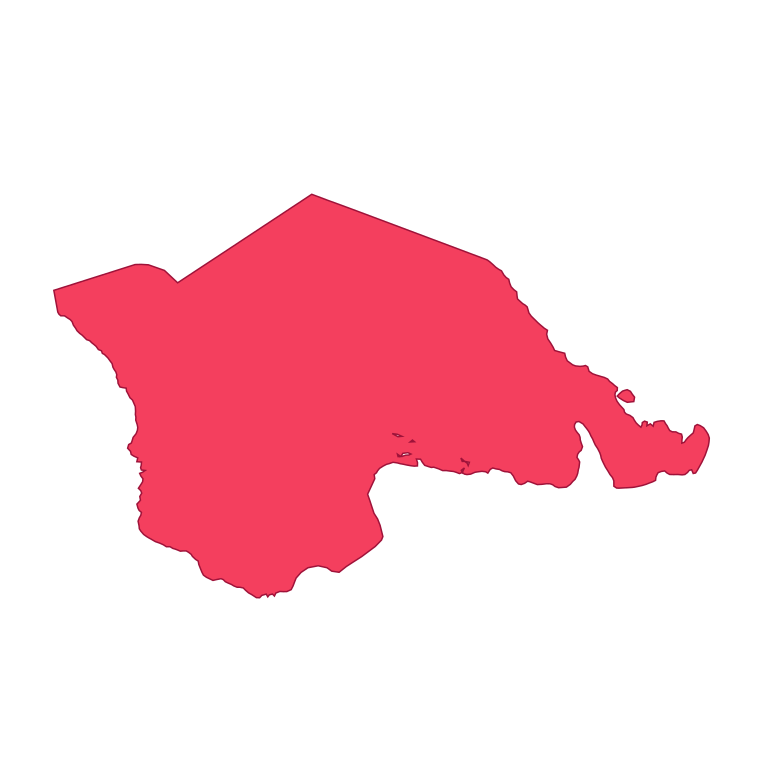 outline of Turiaçu, Maranhão, Brazil, rotated 83°
{"feature_id": "56859067B17622420397796", "entity_name": "Turiaçu", "entity_type": "district", "adm_level": 2, "iso_a3": "BRA", "parent_name": "Brazil", "parent_adm1": "Maranhão", "projection": "mercator", "projection_center": [-45.384, -1.709], "detail": "fine", "context": "isolated", "style": "filled", "palette": "rose", "viewbox_px": 768, "rotation_deg": 83, "n_neighbors": 0, "source": "geoboundaries", "source_scale": "gbopen_adm2", "svg_char_len": 5727}
<svg xmlns="http://www.w3.org/2000/svg" viewBox="0 0 768 768"><g transform="rotate(83 384 384)"><path d="M481.4,317.1L483.2,315.2L484.0,312.7L484.0,308.9L482.7,304.4L482.6,301.7L482.6,297.4L483.5,293.8L485.1,291.8L481.7,289.0L480.6,286.3L481.9,283.2L482.9,279.7L484.6,277.3L485.7,274.8L486.3,271.8L487.5,269.0L491.0,266.9L496.1,265.1L499.6,262.7L500.5,260.1L499.7,256.5L498.0,253.3L498.9,251.0L502.5,244.1L502.8,239.7L502.8,234.8L503.3,231.3L504.5,228.9L506.6,226.7L508.2,223.4L508.4,220.1L508.6,215.5L506.3,211.3L503.7,208.5L501.9,206.0L498.7,203.8L496.2,202.6L492.6,201.5L490.5,200.6L485.2,199.3L483.0,200.1L480.4,201.4L477.4,200.4L475.2,198.5L473.9,196.4L470.4,194.6L466.4,195.5L463.4,196.0L460.8,195.9L458.2,196.5L455.6,198.2L453.0,199.6L450.0,200.3L447.5,199.8L445.1,197.9L445.0,195.0L447.9,191.3L450.8,189.6L452.7,188.4L455.4,186.9L457.6,185.9L460.9,184.9L464.0,183.6L466.9,182.8L470.3,181.7L474.1,179.8L478.5,178.2L481.3,177.6L484.1,177.4L486.9,176.6L489.6,175.7L493.5,174.3L497.7,172.3L501.4,170.7L504.8,168.6L508.1,167.7L513.5,168.3L515.6,165.8L516.0,163.6L516.2,160.8L516.4,157.7L516.6,155.3L516.9,150.3L516.9,147.8L516.6,144.2L516.2,140.1L515.5,136.1L514.6,132.6L513.8,129.2L512.7,126.2L509.7,125.5L507.4,124.2L505.4,122.7L504.6,119.4L504.5,116.0L506.8,114.0L508.6,111.5L509.2,107.5L509.6,103.5L510.5,99.2L510.5,96.4L508.8,93.5L506.9,91.6L506.6,89.1L510.5,88.0L510.3,85.6L507.7,83.4L500.3,78.0L493.9,74.0L489.5,71.8L484.6,69.5L481.2,68.5L477.3,67.7L473.7,68.4L470.1,70.0L466.4,72.1L463.8,75.3L462.4,78.0L463.5,80.5L467.7,82.0L470.2,83.0L472.0,85.7L474.3,88.9L476.4,91.2L478.4,92.9L479.0,95.6L475.9,95.1L473.0,94.4L470.0,94.8L468.9,97.5L467.1,100.1L466.6,103.7L465.0,106.1L462.5,107.2L459.9,108.1L457.8,109.3L454.7,110.6L454.3,113.7L454.4,117.4L455.0,120.6L458.7,122.0L456.0,124.5L457.5,128.2L453.9,127.3L452.6,129.9L453.7,132.3L456.1,132.9L458.2,134.3L455.6,136.7L453.3,138.5L450.3,140.0L447.7,141.0L445.1,143.8L443.3,147.2L441.3,148.7L438.6,149.0L433.4,152.7L429.6,154.8L425.9,155.9L422.8,156.1L420.3,155.3L418.9,153.3L416.0,152.8L413.6,155.3L411.6,157.0L408.9,159.8L406.3,161.4L404.3,164.6L403.1,167.5L402.0,169.9L401.1,172.1L399.2,175.8L396.4,178.9L391.8,179.7L390.2,181.8L390.5,184.1L390.4,187.3L389.4,191.7L387.9,194.5L385.8,196.7L383.3,199.3L379.4,200.5L375.5,200.9L373.2,206.7L371.5,210.6L368.3,211.6L363.7,213.6L359.2,215.9L354.4,216.5L350.6,215.2L348.2,218.1L344.1,221.9L341.7,224.0L339.5,225.7L337.0,227.7L334.6,229.6L331.1,231.5L327.3,232.1L324.9,232.5L322.9,234.3L321.1,236.6L318.1,239.2L315.9,241.1L313.0,241.2L308.7,241.1L306.1,243.7L303.0,246.0L299.1,247.0L295.3,247.4L293.2,249.8L290.3,251.8L286.0,253.6L284.2,256.1L281.7,258.9L279.0,261.1L275.5,264.2L273.4,266.5L271.6,269.9L244.5,321.8L204.5,398.5L194.8,417.5L186.9,432.6L234.1,527.5L258.4,576.5L244.5,588.1L237.0,603.3L235.7,610.4L235.1,616.5L250.8,700.3L272.9,699.0L275.1,698.1L276.9,696.5L277.4,692.8L280.2,689.6L281.8,687.6L284.1,686.0L287.8,685.1L291.1,683.3L293.7,682.2L296.6,679.9L298.8,677.6L303.7,673.8L305.1,670.9L307.5,669.0L309.3,667.2L311.6,665.1L315.0,663.3L316.6,660.4L319.3,659.8L320.6,657.9L324.4,654.9L328.2,652.8L330.6,651.4L334.3,651.0L336.6,650.1L339.3,648.7L342.2,648.1L344.7,648.8L347.7,647.7L350.9,647.9L354.8,646.4L355.7,643.9L356.7,640.4L359.7,640.4L362.4,639.3L366.7,637.8L369.3,635.6L376.1,633.6L380.7,633.9L384.0,634.5L386.7,634.3L389.6,634.8L394.3,633.9L397.1,633.7L399.9,634.4L403.1,636.1L406.4,639.5L409.8,641.0L411.8,642.0L413.0,644.8L416.5,646.3L420.0,643.8L423.1,643.5L425.1,641.1L427.3,637.4L431.0,638.8L431.9,634.2L435.2,634.9L437.4,635.8L439.8,635.3L440.7,631.6L442.2,634.5L442.9,637.4L445.8,636.5L448.7,634.8L451.6,635.5L454.2,637.6L457.6,640.5L460.2,638.4L462.8,637.8L465.9,640.1L469.7,639.9L473.1,643.9L477.3,643.3L479.7,642.4L481.9,640.4L484.7,641.4L486.9,643.1L490.2,644.8L494.9,644.4L497.9,644.5L500.4,643.3L504.0,640.9L506.4,638.3L508.0,636.3L509.5,634.2L512.6,630.1L514.5,626.2L516.6,622.7L519.0,619.8L519.4,616.2L521.4,613.7L522.5,611.2L523.6,609.1L525.1,606.5L525.2,603.7L525.6,600.6L527.3,598.4L529.6,596.1L531.7,595.2L535.1,592.4L537.1,590.0L540.5,589.8L544.0,588.9L548.5,587.7L551.7,586.5L554.2,583.8L556.0,581.0L558.1,577.7L557.7,573.9L557.4,569.5L558.6,567.3L560.9,565.6L562.5,563.1L564.4,559.8L566.1,557.7L567.8,554.6L568.2,551.7L569.3,548.5L571.8,546.6L574.8,543.9L576.8,541.1L580.5,536.7L581.0,533.5L578.9,531.0L578.2,526.5L581.1,525.3L579.3,523.5L578.9,520.3L581.1,518.6L578.3,516.8L577.2,512.7L577.8,509.3L578.2,505.8L576.8,501.2L573.4,498.9L569.4,496.8L565.9,494.9L560.9,489.3L557.1,481.9L556.4,471.5L559.4,463.0L563.4,458.7L565.4,451.5L560.6,443.7L557.5,437.4L552.6,427.2L544.2,412.5L538.6,405.5L535.3,403.7L523.8,405.1L517.2,406.8L511.1,409.7L497.9,412.3L491.4,413.7L476.9,404.7L472.7,404.8L471.2,402.3L469.4,401.0L467.2,398.7L465.3,394.7L464.0,391.2L463.7,388.7L462.8,384.6L464.0,380.2L465.1,377.6L465.9,374.9L467.1,371.5L468.4,367.3L469.2,364.0L469.4,360.8L466.2,360.3L462.4,361.0L463.1,356.9L466.5,355.4L469.7,353.5L471.5,349.7L472.6,347.2L472.6,344.8L474.9,340.0L477.1,336.3L477.5,332.8L478.5,329.0L479.3,325.6L480.4,323.2L482.1,320.0L481.4,317.1ZM458.0,376.2L455.1,373.7L455.1,368.6L456.8,365.8L457.5,368.0L457.3,371.1L457.8,373.7L458.0,376.2ZM438.0,376.6L434.2,381.9L435.6,376.7L438.1,372.6L438.0,376.6ZM470.6,313.4L472.1,308.8L475.2,310.4L472.7,311.1L470.6,313.4ZM481.4,317.1L479.1,317.8L477.1,314.4L481.4,317.1ZM470.6,313.4L470.4,315.8L466.9,316.7L470.6,313.4ZM445.0,360.8L444.7,365.1L443.1,362.6L445.0,360.8ZM458.0,376.2L457.8,378.9L455.3,379.2L458.0,376.2ZM426.7,151.9L429.7,148.2L431.8,144.8L431.9,138.2L427.6,136.9L424.4,138.8L421.3,140.3L419.3,143.3L419.6,145.6L420.1,148.1L422.1,151.2L424.4,154.0L426.7,151.9Z" fill="#f43f5e" stroke="#9f1239" stroke-width="1.5"/></g></svg>